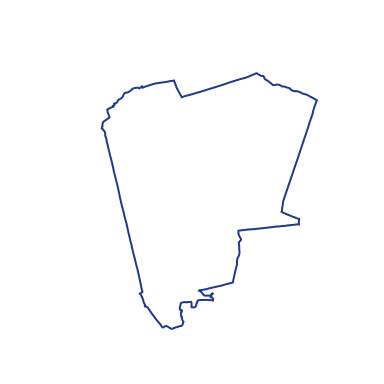 the district of Movileni, Olt, Romania, rotated 204°
{"feature_id": "2599482B98739710424204", "entity_name": "Movileni", "entity_type": "district", "adm_level": 2, "iso_a3": "ROU", "parent_name": "Romania", "parent_adm1": "Olt", "projection": "mercator", "projection_center": [24.631, 44.384], "detail": "fine", "context": "isolated", "style": "outline", "palette": "blue", "viewbox_px": 384, "rotation_deg": 204, "n_neighbors": 0, "source": "geoboundaries", "source_scale": "gbopen_adm2", "svg_char_len": 5875}
<svg xmlns="http://www.w3.org/2000/svg" viewBox="0 0 384 384"><g transform="rotate(204 192 192)"><path d="M182.3,325.7L184.8,323.2L187.8,319.8L189.4,318.3L193.4,315.1L196.3,312.6L202.8,306.9L203.8,305.9L204.2,305.5L208.8,301.3L214.0,296.7L226.9,285.4L228.2,284.4L231.2,281.8L234.8,278.8L237.5,276.7L238.7,275.5L239.8,274.4L245.1,278.4L247.6,280.3L248.2,280.8L253.8,286.5L254.6,285.9L257.1,284.4L259.0,283.0L259.9,282.4L261.7,281.2L269.4,276.4L271.2,274.9L273.7,272.7L275.1,271.6L276.7,270.0L277.9,269.0L278.9,267.8L279.5,267.3L280.2,268.2L280.4,268.3L280.8,268.2L281.0,267.5L281.1,267.1L281.9,265.6L282.1,265.3L282.3,265.2L282.8,265.4L283.4,265.4L283.8,265.3L286.1,264.1L287.3,263.1L288.2,262.3L288.6,261.2L289.5,259.3L290.8,257.3L291.3,256.9L292.4,256.1L293.5,255.3L294.0,254.2L294.1,253.7L294.2,252.7L294.0,251.5L294.0,251.1L294.2,250.1L294.4,249.5L294.8,248.7L296.2,246.9L296.5,246.6L296.9,245.2L296.8,244.5L296.9,243.7L297.5,242.4L297.8,241.9L298.4,241.5L299.1,241.3L299.1,240.8L298.7,240.6L298.4,240.5L298.3,240.2L298.3,239.6L299.3,238.5L298.6,237.9L300.3,236.2L301.1,235.3L302.8,233.2L302.9,232.8L302.8,232.6L302.6,232.2L301.7,230.9L298.0,227.1L297.9,227.0L297.8,226.3L297.8,226.0L297.9,225.8L298.0,225.6L298.7,225.0L299.7,223.0L301.5,220.2L301.7,219.4L301.6,218.6L301.2,217.6L301.2,216.8L301.1,216.5L300.9,216.2L300.7,215.9L300.5,215.6L300.4,215.5L300.5,215.4L300.6,215.2L300.6,214.9L300.4,213.6L300.3,213.3L299.7,213.2L299.3,213.2L298.9,213.0L297.6,212.3L296.3,211.6L295.8,211.1L295.0,210.0L294.9,209.7L294.6,209.0L294.0,207.9L291.3,205.0L291.3,204.7L290.7,203.9L286.7,198.6L281.2,191.4L280.3,190.4L275.0,183.6L272.3,179.9L272.1,179.6L272.0,179.2L271.2,178.4L270.4,177.4L265.4,170.9L264.2,169.5L257.5,160.5L256.6,159.0L255.7,157.8L251.0,151.6L248.5,148.5L246.8,146.4L242.4,140.6L239.0,136.5L234.7,130.7L233.4,128.8L231.4,126.3L230.9,125.6L230.6,125.2L230.1,124.6L227.7,121.4L226.1,119.5L225.5,118.8L225.0,117.9L221.4,113.1L215.3,105.4L213.1,102.5L210.7,99.6L206.7,94.3L198.7,83.2L196.6,80.5L197.0,79.8L197.6,79.0L198.1,78.4L198.3,77.9L198.2,77.9L198.0,78.0L197.7,77.9L195.8,76.4L194.1,74.9L192.5,73.2L191.2,71.6L190.6,71.0L189.2,70.0L189.0,69.6L188.7,68.7L188.3,68.8L188.1,68.4L187.6,68.7L187.0,68.7L185.7,68.4L184.9,68.1L183.3,67.1L181.8,66.2L179.6,64.8L178.8,64.4L175.1,62.2L172.9,61.0L168.3,58.8L166.4,57.8L165.0,56.8L164.1,56.5L163.5,56.4L163.2,56.5L162.8,57.0L162.2,58.2L160.7,59.2L159.5,59.2L156.9,58.7L156.2,58.8L155.6,58.6L155.1,58.7L154.5,59.0L153.5,59.9L153.3,60.3L152.5,60.9L152.2,61.4L151.8,61.6L151.7,61.8L151.5,62.1L151.2,62.2L151.0,62.3L150.6,62.5L150.4,62.9L149.1,63.9L148.6,64.4L146.9,65.7L146.8,66.2L146.9,66.7L146.7,67.7L146.7,68.0L146.9,69.2L147.1,70.2L147.8,70.3L148.4,70.9L149.3,71.8L149.6,72.1L150.0,72.7L150.3,73.6L150.9,73.6L151.2,74.0L151.3,74.3L151.7,74.7L151.8,75.2L152.3,75.9L152.7,76.5L153.0,77.4L153.1,77.9L153.1,78.1L152.8,78.3L152.6,78.4L152.6,78.6L153.1,79.8L153.3,79.9L154.4,79.5L154.9,79.5L155.2,79.7L155.8,80.6L156.1,81.3L156.5,83.7L156.8,84.9L157.0,85.8L156.4,86.7L156.0,87.1L153.6,88.7L153.3,88.8L152.8,88.7L152.4,88.8L151.7,89.2L151.1,89.8L148.7,90.9L148.2,91.2L147.4,90.6L147.1,90.0L146.6,88.9L145.9,87.4L145.7,87.0L145.7,86.7L145.2,86.6L143.1,87.5L142.5,87.9L142.4,88.0L142.2,88.9L142.2,90.6L142.4,91.7L142.4,92.5L142.6,92.8L142.6,93.2L142.4,93.3L142.4,93.6L142.6,94.3L142.5,95.1L142.4,95.4L142.4,95.5L142.2,95.6L142.0,95.8L141.0,96.4L138.9,97.5L133.7,99.8L133.0,100.0L130.6,100.9L128.7,101.5L129.2,103.0L129.8,103.4L130.8,103.8L132.1,103.4L132.2,103.5L132.3,103.8L132.4,104.4L132.3,105.8L132.2,106.5L131.8,107.2L131.7,107.3L131.7,107.7L131.8,107.7L132.2,107.6L132.4,107.3L132.6,106.9L133.0,104.9L133.6,104.5L135.8,103.6L138.4,102.5L138.9,102.4L141.2,103.7L144.0,104.8L144.6,104.8L145.5,104.7L145.5,104.9L145.4,105.1L144.8,105.6L144.6,105.5L138.9,109.4L136.5,111.5L135.1,112.5L132.8,114.2L130.0,116.3L128.1,117.6L123.7,121.3L117.9,125.9L120.2,136.8L120.8,140.4L121.2,142.9L121.5,144.2L121.8,145.1L122.7,146.8L123.1,147.8L123.2,148.4L123.5,150.3L123.3,152.1L123.3,153.3L123.4,153.7L123.6,154.9L123.8,155.5L124.2,156.3L124.7,157.5L125.6,159.0L126.0,159.9L126.2,160.4L126.6,161.3L128.4,164.3L128.7,164.6L128.5,165.2L128.5,165.9L128.4,166.3L128.1,166.8L127.9,167.3L127.8,168.1L127.8,168.4L128.5,169.3L129.2,169.8L129.7,170.1L130.9,171.0L132.1,172.2L132.7,173.1L133.2,173.9L133.5,174.6L133.8,175.5L129.4,178.3L122.6,182.1L122.0,182.3L121.7,182.6L120.4,183.2L119.7,183.5L119.2,184.0L113.2,187.4L107.5,190.8L106.3,191.5L104.3,192.6L103.3,193.4L102.3,193.7L101.8,194.2L100.8,194.9L99.6,195.3L99.0,195.7L97.7,196.3L97.3,196.7L95.2,197.9L93.6,198.6L92.0,199.7L91.6,200.1L89.5,201.1L89.0,201.6L88.5,201.8L87.4,202.5L87.0,202.7L85.9,203.3L85.2,203.7L83.0,205.1L81.1,205.9L82.3,208.3L82.6,208.8L82.7,209.3L82.6,209.7L82.6,209.9L83.1,211.0L83.4,210.9L86.1,210.6L88.2,210.5L96.7,210.2L102.0,210.2L102.8,213.1L104.8,220.3L105.2,223.3L106.7,239.4L106.8,241.0L108.0,253.4L109.3,268.1L110.9,284.2L112.3,299.4L112.7,301.9L113.7,312.9L114.1,314.5L114.6,317.7L115.2,324.4L115.2,326.6L118.1,326.9L121.5,327.2L122.8,327.2L125.0,327.4L125.7,327.6L126.5,327.6L129.0,327.2L130.9,326.9L131.6,326.9L133.8,327.1L135.0,327.1L136.5,326.9L137.3,326.7L138.2,326.2L139.0,326.2L139.5,325.7L140.5,325.5L142.9,325.7L143.4,325.6L143.7,325.7L144.0,326.1L144.5,326.4L145.2,326.5L146.3,326.4L148.1,326.0L149.0,326.0L149.6,326.0L150.0,326.0L151.1,325.7L152.3,325.1L152.7,325.1L154.0,325.3L154.8,325.3L155.6,325.3L157.4,325.0L158.4,324.6L159.4,323.6L160.2,323.1L161.1,322.8L161.8,322.7L162.6,322.9L163.6,323.3L164.8,323.5L165.6,323.7L166.5,324.0L167.3,324.2L169.8,324.6L170.8,324.6L172.1,325.4L172.4,325.6L172.9,326.3L173.3,326.6L173.9,326.9L174.0,327.0L174.5,326.9L174.8,326.8L175.1,326.5L175.6,326.3L176.6,326.2L177.9,326.5L179.6,326.5L180.0,326.5L180.5,326.8L181.0,326.8L181.5,326.6L182.0,326.2L182.3,325.7Z" fill="none" stroke="#1e3a8a" stroke-width="2"/></g></svg>